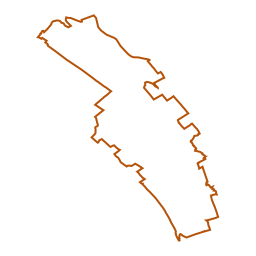 Unteni, Botosani, Romania (Equal Earth projection)
{"feature_id": "2599482B71401887627559", "entity_name": "Unteni", "entity_type": "district", "adm_level": 2, "iso_a3": "ROU", "parent_name": "Romania", "parent_adm1": "Botosani", "projection": "equal_earth", "projection_center": [26.797, 47.801], "detail": "fine", "context": "isolated", "style": "outline", "palette": "amber", "viewbox_px": 256, "rotation_deg": 0, "n_neighbors": 0, "source": "geoboundaries", "source_scale": "gbopen_adm2", "svg_char_len": 5731}
<svg xmlns="http://www.w3.org/2000/svg" viewBox="0 0 256 256"><path d="M195.5,234.2L203.5,231.7L203.4,231.6L204.4,231.2L204.5,231.4L205.5,231.2L206.2,230.9L207.8,230.5L208.8,230.2L210.1,229.8L209.7,228.4L208.9,226.5L208.4,225.2L208.1,223.3L208.1,223.0L208.0,222.3L207.5,221.4L207.2,221.2L206.8,220.8L206.3,220.4L207.3,220.3L208.0,220.1L208.3,219.8L208.8,219.9L213.5,218.6L216.6,217.6L217.7,217.0L218.1,216.9L216.5,211.8L214.5,206.2L213.8,204.6L213.4,203.8L211.8,199.6L211.6,198.5L211.1,196.8L211.3,196.4L211.3,195.8L211.1,195.5L214.9,194.4L215.6,194.2L216.4,194.5L216.7,194.5L216.3,193.5L216.1,192.5L215.9,191.4L214.8,190.6L214.4,190.5L213.8,190.5L214.0,190.1L214.1,189.6L214.0,189.3L213.1,189.2L212.9,188.8L212.2,188.8L212.3,188.3L212.0,187.7L212.5,186.8L211.8,187.1L210.6,187.5L209.3,185.5L208.9,185.2L208.6,185.2L208.2,184.9L208.3,184.7L207.7,184.4L206.8,185.0L206.7,185.2L206.5,185.3L206.4,185.2L206.3,184.7L206.5,184.3L206.5,184.2L206.2,184.0L206.5,183.0L206.4,182.5L206.6,182.3L206.8,182.0L207.5,181.8L207.6,181.7L207.3,180.9L205.8,176.7L204.1,171.5L203.6,170.3L202.5,166.7L199.2,168.6L199.1,167.9L199.2,167.5L198.8,167.0L198.6,166.4L198.6,166.2L198.5,165.8L198.0,164.6L197.9,164.0L197.7,163.5L198.3,163.2L198.1,162.8L204.4,159.6L205.4,159.0L204.8,158.0L203.8,157.9L203.9,157.7L205.1,156.8L204.9,156.8L205.0,156.3L205.0,156.2L204.9,155.7L203.7,155.0L202.4,154.3L202.5,153.9L202.4,153.8L202.5,153.4L202.3,153.3L201.9,153.0L201.4,152.8L200.5,152.1L199.1,151.6L197.1,151.2L196.5,151.0L195.2,150.8L195.3,150.6L195.7,150.7L196.1,150.3L195.3,149.5L196.2,148.4L195.6,147.8L195.1,147.2L194.2,146.6L194.0,146.3L194.1,146.2L194.1,145.9L193.6,145.9L193.1,145.3L193.1,145.1L192.9,144.9L192.9,144.7L192.8,144.3L192.8,144.1L192.3,143.6L192.3,143.4L192.0,143.0L192.0,142.8L191.7,142.5L191.6,142.4L191.0,142.1L190.9,142.0L190.8,141.5L190.7,141.3L190.7,141.2L191.2,140.5L191.9,140.4L192.6,139.2L193.0,138.8L193.5,138.2L193.6,137.7L194.0,136.9L194.3,135.9L195.4,135.8L196.1,135.6L196.5,135.6L196.9,135.6L197.3,135.4L197.8,135.3L198.0,135.1L198.1,134.8L198.1,134.3L198.2,134.1L198.8,134.1L199.5,133.8L199.7,133.5L199.3,133.0L199.1,132.7L198.8,131.7L197.5,129.8L197.0,128.9L195.8,127.9L192.1,123.6L191.3,123.8L191.1,124.0L190.5,124.7L189.6,125.5L187.7,126.6L184.3,128.8L184.1,128.5L183.1,127.6L181.0,125.3L180.3,124.4L180.0,124.0L179.2,123.1L178.8,123.0L178.8,122.4L178.3,121.5L177.9,120.3L178.0,119.9L188.3,113.4L186.1,110.8L183.9,108.1L182.1,106.2L181.0,104.7L178.3,101.7L176.9,100.2L173.5,96.2L171.9,97.4L167.1,100.6L162.2,94.7L153.8,99.5L150.3,95.1L145.1,89.0L144.3,88.1L144.0,87.7L144.4,87.0L144.5,86.0L144.8,85.7L145.2,85.3L145.3,85.2L145.2,84.4L145.2,83.9L145.2,83.3L145.0,82.8L145.2,82.5L145.9,82.4L146.4,82.2L146.6,82.0L147.5,82.0L147.8,82.1L148.8,82.2L149.7,82.6L150.2,82.6L150.9,83.0L152.5,83.6L153.5,84.4L155.1,86.2L155.9,86.7L156.9,87.1L157.8,87.8L157.8,87.7L157.6,87.4L156.9,86.9L156.7,86.5L156.0,85.9L155.7,85.6L155.0,84.6L154.8,83.9L154.5,83.4L154.3,82.9L162.0,78.8L164.2,77.8L162.8,75.0L161.9,73.5L160.6,72.0L159.9,72.5L159.4,72.6L157.9,73.4L156.5,71.8L154.7,69.4L153.3,67.6L152.3,66.8L151.4,65.4L150.3,64.2L147.8,61.2L149.5,60.0L148.9,59.6L147.3,59.2L143.4,58.5L138.4,57.4L134.2,57.3L132.8,57.0L131.2,56.4L128.5,54.4L127.2,53.2L120.7,46.2L119.8,44.9L118.1,42.1L116.4,39.5L115.8,38.9L113.8,37.7L106.4,34.6L100.9,30.4L98.2,27.1L96.2,18.5L95.9,17.8L93.8,15.4L81.6,19.9L81.9,21.6L80.8,21.8L77.2,20.6L70.7,18.0L67.7,17.8L66.2,17.4L65.7,19.9L66.4,21.4L69.7,24.7L70.9,25.9L68.3,27.3L64.9,25.5L64.3,24.5L63.7,23.5L62.8,23.0L61.4,22.8L61.0,22.1L60.2,21.2L58.8,20.6L56.2,20.5L55.3,20.9L53.4,21.2L52.2,22.1L51.4,23.4L51.2,24.4L47.9,28.4L46.4,30.0L44.1,32.2L43.7,31.4L43.2,30.8L42.6,30.9L42.1,31.2L41.4,32.7L41.2,32.8L41.1,33.1L40.8,33.3L41.1,33.5L39.7,35.1L38.9,35.9L37.9,37.2L38.9,37.4L41.4,38.8L42.2,37.9L46.6,40.8L45.5,42.1L45.3,42.4L47.1,43.6L47.4,43.9L47.4,44.1L47.6,44.2L47.8,44.5L47.7,44.9L47.7,45.4L48.0,45.9L54.2,50.3L66.5,59.6L81.6,69.7L90.8,76.5L97.0,81.3L97.7,81.6L99.6,83.1L100.9,83.9L101.8,84.7L104.3,86.5L106.0,87.5L111.1,91.3L110.2,92.0L107.3,94.7L105.3,96.2L104.7,96.5L103.0,98.1L99.9,100.7L98.8,101.7L98.1,102.2L95.2,104.8L97.2,106.1L103.4,110.2L95.1,116.8L95.7,117.4L96.2,118.5L97.1,122.4L97.7,124.2L97.8,124.9L97.9,125.2L97.6,125.9L97.4,126.1L97.1,126.3L96.4,126.5L95.9,126.8L95.6,127.0L95.3,127.5L95.2,128.0L95.3,128.2L95.6,129.6L95.5,131.0L95.5,132.8L95.4,133.3L95.0,133.9L91.6,137.4L97.3,142.4L97.8,142.7L98.0,142.6L98.1,142.4L98.4,142.2L98.6,141.8L99.2,140.4L101.8,139.1L108.0,144.7L109.6,146.3L110.5,146.9L112.6,145.8L114.0,145.3L117.1,148.2L118.5,149.3L119.8,149.9L119.3,150.4L118.6,151.0L114.4,154.1L115.4,155.4L115.6,155.9L116.4,156.6L117.8,157.4L118.3,157.9L119.0,159.0L120.0,160.7L120.4,161.8L121.0,162.5L124.2,164.7L124.7,165.2L125.5,165.6L126.6,166.5L127.6,165.8L127.9,165.7L130.4,165.7L131.5,166.0L135.3,163.7L136.5,164.5L138.4,165.5L140.3,166.7L142.5,168.2L141.4,168.9L140.6,169.3L140.1,169.8L139.2,170.4L138.4,170.9L137.2,171.7L137.7,172.0L139.3,174.0L140.1,175.1L141.6,176.6L142.3,177.5L142.6,177.6L144.7,179.1L139.9,182.2L141.3,183.4L142.0,183.7L142.8,183.7L142.7,184.3L142.8,184.5L145.6,187.4L145.9,188.0L147.7,190.0L149.4,191.5L155.5,198.0L161.6,206.0L162.3,206.8L165.3,211.4L165.4,211.8L165.5,212.0L165.6,212.3L168.4,216.9L170.1,220.0L170.1,220.4L170.4,220.7L171.4,223.0L172.9,225.5L174.7,228.8L175.3,230.0L175.9,231.7L175.6,232.3L175.6,232.8L175.9,233.5L175.8,234.3L176.7,236.6L177.2,237.5L177.6,238.4L178.5,240.0L179.1,240.6L179.6,240.3L179.3,239.5L179.5,238.9L179.5,238.3L179.2,237.3L179.5,236.8L179.4,235.8L179.5,235.2L179.9,234.5L180.3,234.1L181.2,234.4L181.7,235.0L182.0,235.1L182.3,235.4L182.7,235.6L183.2,236.0L186.5,237.5L195.5,234.2Z" fill="none" stroke="#b45309" stroke-width="2"/></svg>